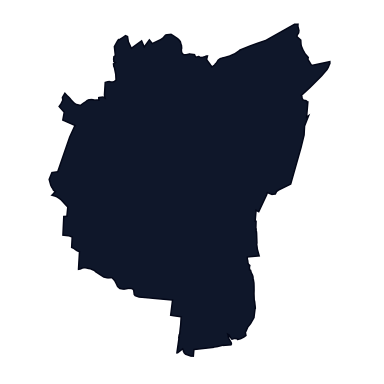 outline of Bacia, Hunedoara, Romania, rotated 268°
{"feature_id": "2599482B44278673032594", "entity_name": "Bacia", "entity_type": "district", "adm_level": 2, "iso_a3": "ROU", "parent_name": "Romania", "parent_adm1": "Hunedoara", "projection": "equal_earth", "projection_center": [23.024, 45.805], "detail": "fine", "context": "isolated", "style": "filled", "palette": "ink", "viewbox_px": 384, "rotation_deg": 268, "n_neighbors": 0, "source": "geoboundaries", "source_scale": "gbopen_adm2", "svg_char_len": 4426}
<svg xmlns="http://www.w3.org/2000/svg" viewBox="0 0 384 384"><g transform="rotate(268 192 192)"><path d="M317.5,334.3L314.4,316.7L314.7,315.7L320.6,312.4L322.4,312.9L325.5,310.4L326.5,309.6L327.7,309.1L329.7,308.0L333.9,306.4L335.8,306.1L340.0,306.0L343.6,302.3L345.2,302.6L347.3,304.1L349.6,304.5L352.6,303.9L354.0,303.6L356.0,303.8L356.0,301.9L356.1,300.4L342.8,274.7L340.9,271.1L338.4,262.7L336.0,255.3L332.2,244.8L331.4,243.9L328.6,239.5L328.4,238.9L327.8,237.3L327.5,236.6L327.0,235.4L326.5,234.2L326.2,232.8L325.7,230.9L325.2,228.9L325.0,227.5L324.4,225.6L324.4,225.0L322.8,222.7L321.4,221.8L320.3,221.0L319.9,220.8L319.4,220.0L317.9,218.9L317.6,218.3L316.2,216.2L317.4,215.6L318.0,215.1L319.3,214.3L321.9,212.5L322.8,211.9L324.0,211.2L327.4,212.2L327.4,210.9L326.9,210.1L326.4,208.0L326.1,207.1L326.2,204.8L326.8,204.1L327.2,203.4L326.8,201.9L326.7,200.6L327.8,199.8L329.2,199.3L329.6,196.8L330.0,194.4L330.1,194.1L329.8,193.5L329.6,192.1L329.4,191.1L329.4,188.9L329.4,188.4L330.2,187.7L331.2,186.9L331.9,186.5L333.2,186.4L334.5,186.3L336.1,186.7L338.7,186.6L340.2,186.1L342.6,185.6L344.0,184.7L345.7,183.1L348.6,179.1L350.3,176.6L350.0,172.1L349.7,171.0L348.7,170.1L348.2,169.5L347.4,169.1L346.9,168.3L346.2,167.3L345.5,166.2L341.7,157.5L345.5,154.7L338.6,149.3L344.8,146.9L337.7,136.4L344.4,133.6L349.6,133.0L350.6,131.0L349.2,128.9L348.3,127.4L347.3,125.6L346.4,124.2L346.8,123.8L345.2,122.6L340.0,119.5L331.6,120.1L330.8,120.0L330.0,118.7L327.4,118.3L326.0,118.5L325.6,118.4L325.1,118.4L324.0,120.0L322.8,118.0L319.9,118.3L319.6,118.7L312.3,119.9L306.5,120.0L306.1,119.4L305.3,118.5L305.0,117.9L304.7,116.5L304.7,115.6L304.9,114.2L305.3,113.2L305.1,111.4L304.5,109.1L292.0,107.9L288.9,108.5L289.6,107.5L289.9,106.7L290.0,105.9L289.9,105.0L289.8,103.8L289.7,102.6L289.6,102.1L287.0,102.1L287.1,101.3L287.3,100.3L287.2,99.2L287.3,97.5L287.6,96.5L287.8,95.5L287.9,94.5L287.8,93.4L287.7,91.9L287.0,90.3L285.9,89.0L284.7,86.9L283.2,84.7L282.4,83.6L283.4,80.0L283.4,79.6L284.2,78.3L285.2,77.1L288.2,74.4L289.6,73.4L291.4,71.8L292.3,70.8L293.8,69.5L295.1,68.4L291.0,65.8L288.3,66.1L284.7,64.2L282.1,62.2L276.2,67.1L268.4,65.4L262.5,77.6L262.2,77.4L261.6,76.9L251.2,71.7L216.9,58.5L216.3,52.7L209.6,49.7L203.7,51.1L201.7,52.0L200.2,53.0L199.0,53.4L198.6,53.7L197.1,55.5L196.0,54.2L195.2,53.4L194.8,53.2L194.4,52.7L193.7,51.9L192.6,55.3L191.9,56.8L190.2,59.2L188.8,60.9L183.5,65.4L181.3,67.4L181.0,67.3L172.1,66.1L172.0,63.0L171.8,63.0L153.4,61.5L152.5,67.6L151.2,70.7L140.8,69.8L139.9,71.7L139.9,71.8L138.4,73.6L137.2,75.3L136.3,77.5L119.1,75.9L118.7,75.9L119.0,77.8L119.9,79.9L120.1,81.6L119.9,83.4L119.2,85.8L118.8,88.0L118.7,88.1L117.6,90.3L117.6,90.5L116.8,91.9L115.6,93.0L110.1,100.9L109.2,104.3L109.2,104.5L109.1,105.7L109.2,108.2L109.1,109.0L108.6,109.6L106.1,111.7L102.7,113.3L100.5,114.2L100.1,114.4L100.0,114.5L98.1,116.5L97.4,119.7L97.3,120.8L97.6,123.0L97.9,124.9L97.8,126.6L97.8,127.2L97.4,129.1L96.0,130.3L91.6,130.7L90.4,131.6L88.9,135.4L84.7,168.8L69.6,166.4L69.0,169.3L67.7,176.6L67.5,176.9L67.2,176.8L60.0,176.1L55.3,175.4L50.8,174.8L49.6,174.2L46.9,173.7L46.9,174.0L31.8,171.3L31.8,172.0L35.6,177.2L33.3,178.1L33.2,177.9L31.5,178.6L30.1,179.9L28.0,185.3L27.9,187.6L34.5,188.4L36.0,208.1L36.3,208.7L36.6,211.9L37.9,217.8L37.8,218.2L37.6,218.2L37.9,225.6L38.8,226.1L40.1,225.9L42.9,224.4L44.6,223.5L48.7,222.7L47.6,224.4L46.1,224.7L43.5,226.8L44.0,228.6L44.1,229.1L43.9,231.7L43.0,232.4L43.7,235.5L45.2,238.7L46.7,240.9L50.1,240.4L50.6,240.9L55.2,243.1L58.4,245.9L64.4,249.6L64.8,249.6L72.9,250.9L73.4,251.2L74.5,251.2L80.1,250.8L82.1,250.4L88.2,250.4L91.6,250.6L95.7,250.7L98.9,250.7L102.0,250.3L102.0,250.0L104.6,250.0L105.6,249.9L106.9,249.5L109.5,248.3L111.7,247.8L112.3,246.8L114.9,246.8L116.6,247.2L117.7,246.0L118.8,245.5L121.4,245.3L123.4,244.9L125.2,245.1L125.8,256.9L132.5,255.3L135.0,255.1L137.6,254.8L138.7,255.1L148.8,255.1L150.0,255.0L150.0,254.7L152.6,254.8L152.8,254.8L152.8,254.5L160.5,255.0L160.6,254.1L171.6,255.4L170.9,256.4L170.0,258.0L182.9,264.6L186.4,266.4L188.8,267.3L186.8,271.8L187.1,275.2L189.7,276.6L190.1,277.5L190.8,278.3L196.5,290.9L232.6,302.5L245.0,306.0L254.0,306.8L264.2,311.2L262.8,309.1L271.7,310.2L277.6,310.9L277.3,310.2L278.4,310.2L279.4,309.0L279.6,307.7L280.0,306.3L281.8,305.3L283.8,305.1L284.6,304.5L292.4,313.6L303.7,325.7L307.1,328.8L309.7,331.2L311.8,332.5L313.9,333.4L315.7,334.3L317.5,334.3Z" fill="#0f172a" stroke="#020617" stroke-width="1.5"/></g></svg>